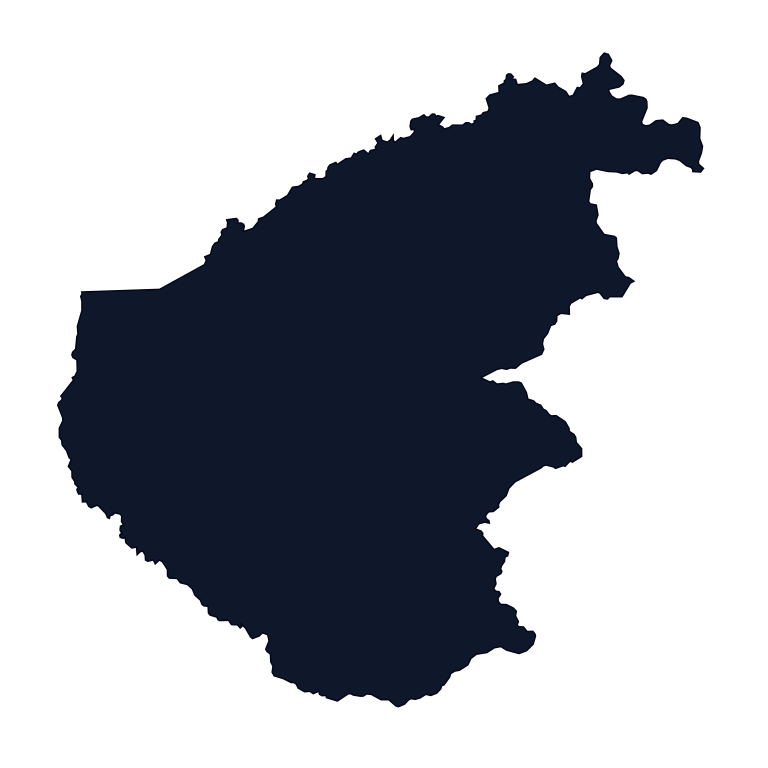 the district of Arraias, Tocantins, Brazil, rotated 178°
{"feature_id": "56859067B87570959920414", "entity_name": "Arraias", "entity_type": "district", "adm_level": 2, "iso_a3": "BRA", "parent_name": "Brazil", "parent_adm1": "Tocantins", "projection": "orthographic", "projection_center": [-47.118, -12.82], "detail": "fine", "context": "isolated", "style": "filled", "palette": "ink", "viewbox_px": 768, "rotation_deg": 178, "n_neighbors": 0, "source": "geoboundaries", "source_scale": "gbopen_adm2", "svg_char_len": 6105}
<svg xmlns="http://www.w3.org/2000/svg" viewBox="0 0 768 768"><g transform="rotate(178 384 384)"><path d="M452.5,72.6L441.6,68.8L430.8,75.5L428.3,75.8L425.5,74.2L418.4,72.8L415.7,72.8L412.1,74.9L407.4,74.2L398.0,68.6L390.2,68.3L383.3,61.8L380.8,61.0L374.7,63.3L370.1,67.8L367.9,68.6L363.8,67.8L358.9,69.0L353.1,72.4L348.1,71.1L342.1,73.2L338.0,77.3L336.9,80.5L334.5,81.2L328.6,88.9L327.7,92.1L323.4,94.6L318.6,95.3L310.0,100.4L306.8,106.6L301.2,110.7L290.6,112.0L282.8,116.6L276.3,117.5L270.8,113.8L258.5,109.9L250.8,112.5L244.0,118.8L241.4,126.9L241.9,129.0L243.9,131.6L249.6,131.6L253.1,136.3L257.8,136.7L259.4,138.5L258.0,141.9L260.7,147.6L259.7,152.3L262.5,155.5L269.2,159.2L275.2,159.7L277.3,162.6L277.6,165.9L274.8,169.8L276.3,172.4L279.7,173.1L281.6,175.5L279.1,180.4L279.7,185.6L278.5,187.9L273.7,190.5L272.8,192.5L273.9,195.3L272.8,198.4L269.8,202.4L269.2,206.8L266.5,207.9L265.5,211.3L274.8,216.3L279.8,214.7L290.8,228.7L290.5,231.4L292.2,233.7L297.7,235.9L294.4,240.9L288.1,242.4L283.6,241.3L283.9,243.7L286.3,245.7L287.3,248.3L285.8,250.6L283.9,252.6L279.2,252.8L273.6,257.0L273.9,259.1L272.5,262.2L265.8,268.2L262.9,275.4L256.4,281.7L229.8,294.8L227.8,296.6L224.9,297.4L217.4,295.2L215.5,293.7L207.7,296.2L205.9,295.4L200.7,300.6L198.5,299.3L189.0,304.8L188.8,312.5L193.9,318.9L194.3,323.9L195.7,326.7L200.7,330.4L200.6,333.1L204.2,339.9L213.1,346.4L217.7,346.2L219.9,347.5L222.9,351.7L225.7,353.2L228.1,357.3L232.8,359.4L235.2,362.0L240.7,363.8L242.0,370.5L246.8,380.1L249.5,381.3L254.8,381.5L262.1,379.6L264.8,380.4L271.3,380.0L275.2,383.3L277.8,382.2L287.0,386.8L270.8,394.6L265.9,395.6L260.9,394.4L257.2,395.6L252.0,395.2L245.9,400.1L225.5,408.3L223.1,413.1L224.3,418.5L223.2,423.6L218.9,428.7L215.4,436.6L211.2,438.0L209.3,440.9L208.9,446.3L204.6,448.5L196.3,447.3L196.3,455.2L194.5,458.2L184.8,463.5L183.2,462.3L179.1,465.5L167.2,468.2L165.0,467.4L161.0,461.8L157.6,461.2L155.5,463.4L143.1,462.9L134.4,476.2L130.7,478.0L135.8,481.9L139.0,482.4L146.0,492.5L147.5,498.8L145.8,501.2L144.6,506.3L146.5,513.1L146.7,521.8L148.4,523.4L158.9,525.8L166.3,537.1L166.6,539.5L164.3,545.4L165.6,555.4L171.6,556.8L173.2,559.3L171.1,571.1L168.8,574.1L168.8,576.9L171.5,582.2L171.0,589.1L164.2,591.4L152.7,588.6L144.0,587.9L138.5,586.1L133.1,586.7L131.8,585.2L125.5,588.7L122.7,588.4L118.6,585.3L112.8,585.6L109.8,584.4L104.3,587.8L100.1,595.7L97.7,598.0L92.6,599.7L84.9,598.9L80.5,597.1L74.3,591.7L69.5,589.7L68.0,587.8L68.0,585.5L60.2,584.8L57.2,588.3L61.8,592.6L62.1,595.6L58.7,603.9L57.4,610.4L60.0,618.3L59.2,629.2L61.1,634.3L72.0,638.9L76.1,639.7L81.1,634.0L87.3,632.7L90.5,633.4L96.2,638.0L102.9,637.6L109.4,633.3L113.6,632.9L116.8,634.4L117.5,637.2L111.5,650.7L111.5,657.0L112.5,659.6L114.8,661.2L126.1,663.9L129.0,663.9L137.9,660.4L141.9,660.7L146.3,663.7L148.8,667.8L149.2,670.6L138.6,672.7L134.8,675.4L133.6,679.0L136.2,682.9L146.9,691.9L147.5,694.5L145.1,699.3L148.3,705.6L152.4,707.0L156.5,702.7L157.3,696.0L159.5,693.4L171.9,687.0L175.1,687.6L175.7,684.4L174.2,677.1L177.7,673.0L180.5,673.6L184.9,665.8L189.1,664.8L192.2,670.0L199.9,674.8L202.8,678.6L211.3,676.9L222.5,684.4L225.0,681.6L231.2,679.1L240.4,678.5L241.8,683.8L246.2,684.5L244.0,686.5L246.5,689.4L249.1,689.5L250.7,688.3L251.3,684.1L253.1,682.8L253.3,680.5L258.8,678.0L258.7,671.3L268.2,669.1L271.8,665.6L269.2,656.1L270.6,652.6L275.3,651.7L277.1,649.4L282.3,648.2L282.6,644.4L284.7,643.7L284.7,641.5L287.6,640.4L290.2,642.2L293.2,642.2L296.3,639.9L306.7,640.3L309.6,638.1L315.1,636.7L316.3,638.6L320.7,641.2L314.7,648.2L320.8,650.4L322.4,649.4L324.0,651.9L326.4,652.1L329.9,649.1L332.7,649.4L334.7,651.6L339.8,648.8L346.5,647.6L348.0,645.7L348.9,640.3L348.0,637.2L344.9,637.5L344.9,634.5L349.2,630.2L356.1,628.7L358.7,629.6L364.5,625.1L366.2,626.9L366.2,632.0L369.3,627.5L372.2,625.6L377.6,627.6L378.7,632.5L383.9,629.3L381.5,625.0L384.4,621.3L383.8,618.9L389.4,617.8L391.6,614.3L396.0,618.5L401.3,616.8L403.6,614.6L405.8,615.6L409.0,610.8L414.3,610.4L423.0,605.0L424.4,607.1L430.6,604.7L432.5,602.0L432.7,599.8L434.3,598.7L434.7,593.2L438.0,591.3L446.5,591.6L445.7,595.5L450.9,597.3L452.9,594.3L452.2,591.5L453.7,590.2L457.5,588.9L458.4,586.7L462.2,584.5L468.7,583.8L473.9,575.7L482.0,571.3L484.8,571.6L486.0,567.6L485.3,564.8L498.6,554.9L503.6,553.4L503.9,550.7L509.6,544.1L519.3,541.2L518.1,546.7L518.8,548.5L521.0,549.9L524.3,549.9L524.3,553.0L525.8,554.6L535.5,553.6L534.6,550.7L535.3,545.4L539.9,543.9L541.4,541.4L540.6,538.5L543.9,534.6L544.5,531.9L548.1,530.6L550.6,527.3L552.9,519.5L558.7,517.4L557.3,513.7L559.3,509.5L605.0,486.4L682.9,486.5L682.5,484.4L684.0,482.2L683.0,477.4L683.3,468.0L688.4,452.3L688.1,444.6L689.3,442.2L690.9,429.7L694.1,426.6L694.9,423.9L693.9,421.3L690.0,418.8L690.1,407.5L692.6,402.6L695.3,401.3L694.2,398.7L707.4,383.1L706.1,381.6L706.5,379.3L709.8,376.7L710.8,374.2L706.4,362.0L706.1,358.7L710.0,351.2L710.3,342.0L708.2,339.3L707.7,334.2L703.6,328.6L701.2,321.3L699.2,319.4L702.3,312.7L698.9,308.0L699.0,301.6L696.4,297.2L696.4,295.0L693.0,291.1L694.6,289.4L694.0,286.9L693.0,284.7L689.8,284.5L689.5,276.7L685.4,276.6L683.3,272.0L680.8,270.5L675.0,272.9L673.2,271.7L666.6,264.3L665.0,260.1L663.1,259.3L662.4,262.0L660.0,262.5L657.4,264.6L652.5,263.3L650.7,261.4L651.1,255.6L649.2,252.6L652.3,251.0L652.9,247.3L651.4,244.2L653.4,242.2L652.9,239.9L650.0,238.9L648.1,239.8L647.5,234.4L641.7,228.9L637.0,229.7L636.7,222.1L633.1,225.2L630.7,225.2L628.6,221.4L628.5,216.4L626.2,215.1L620.6,216.2L618.9,212.2L614.8,215.9L611.8,214.3L606.9,206.2L607.0,199.6L605.3,197.5L597.5,196.9L594.5,192.5L587.5,190.5L584.7,187.9L582.7,186.0L580.4,179.6L574.9,174.3L573.7,170.3L571.8,168.6L567.5,167.9L567.4,161.1L565.8,159.1L559.1,156.8L558.2,154.4L556.6,153.3L547.7,153.3L544.8,148.9L538.8,148.4L536.2,145.2L534.7,146.4L535.0,149.0L531.0,145.0L526.2,135.9L524.3,134.2L517.4,136.6L514.1,139.6L509.0,137.5L507.8,131.2L511.4,123.2L510.5,121.1L506.9,117.9L506.8,110.1L504.8,105.9L505.8,99.8L503.9,96.2L494.7,93.0L487.5,89.0L484.4,88.7L482.1,87.1L480.4,83.1L474.0,79.2L468.8,79.5L465.5,77.0L459.8,79.3L459.3,76.2L456.9,74.7L452.6,74.7L452.5,72.6Z" fill="#0f172a" stroke="#020617" stroke-width="1.5"/></g></svg>